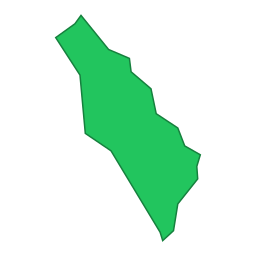 Las Pinas, Albers equal-area conic projection
{"feature_id": "PHL-5556", "entity_name": "Las Pinas", "entity_type": "Highly Urbanized City", "adm_level": 1, "iso_a3": "PHL", "parent_name": "Philippines", "parent_adm1": "", "projection": "albers", "projection_center": [121.001, 14.452], "detail": "fine", "context": "isolated", "style": "filled", "palette": "green", "viewbox_px": 256, "rotation_deg": 0, "n_neighbors": 0, "source": "natural_earth", "source_scale": "10m", "svg_char_len": 369}
<svg xmlns="http://www.w3.org/2000/svg" viewBox="0 0 256 256"><path d="M55.7,37.6L74.9,23.8L81.0,15.4L108.6,49.5L129.4,58.4L131.1,71.8L151.0,88.8L156.2,113.7L177.8,128.0L184.7,145.9L200.3,154.8L196.8,166.4L197.7,178.9L177.8,203.9L173.5,230.7L162.7,240.6L160.1,232.2L111.0,150.8L85.3,133.4L80.0,75.1L55.7,37.6Z" fill="#22c55e" stroke="#15803d" stroke-width="1.5"/></svg>